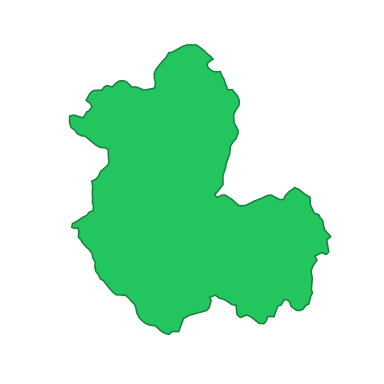 Palmópolis, Minas Gerais, Brazil (Mercator projection), rotated 347°
{"feature_id": "56859067B65800178353877", "entity_name": "Palmópolis", "entity_type": "district", "adm_level": 2, "iso_a3": "BRA", "parent_name": "Brazil", "parent_adm1": "Minas Gerais", "projection": "mercator", "projection_center": [-40.373, -16.779], "detail": "fine", "context": "isolated", "style": "filled", "palette": "green", "viewbox_px": 384, "rotation_deg": 347, "n_neighbors": 0, "source": "geoboundaries", "source_scale": "gbopen_adm2", "svg_char_len": 2812}
<svg xmlns="http://www.w3.org/2000/svg" viewBox="0 0 384 384"><g transform="rotate(347 192 192)"><path d="M246.7,81.0L243.6,80.6L240.6,79.7L237.7,77.5L235.4,73.7L235.8,70.2L238.6,68.7L242.4,67.4L240.7,64.1L238.1,61.1L236.2,57.9L233.6,54.4L229.3,49.7L224.3,48.5L219.7,47.5L215.3,48.1L211.5,49.2L207.9,50.2L204.4,51.3L200.7,51.1L196.8,55.2L193.7,57.2L191.1,59.1L188.3,61.3L184.8,64.1L181.9,67.9L181.0,72.1L181.0,76.9L179.1,82.3L173.3,82.2L168.0,81.9L164.9,79.5L161.2,77.1L157.2,76.2L155.0,73.1L152.7,69.6L149.6,67.9L145.8,67.5L142.3,68.8L138.0,71.6L132.8,69.1L129.7,70.2L127.0,72.4L123.7,71.8L119.8,71.0L116.7,71.7L113.2,74.5L109.4,79.0L112.7,82.7L113.8,86.4L110.1,89.4L107.1,90.4L105.0,92.9L102.4,95.1L98.6,93.1L94.8,90.6L89.9,90.4L88.8,94.2L88.3,98.1L88.7,102.0L91.6,105.3L93.5,109.5L96.9,112.4L100.4,113.5L103.2,117.3L105.9,120.9L108.9,124.7L112.6,128.0L117.1,129.3L119.8,131.9L119.0,136.2L118.3,139.9L117.7,144.7L115.4,147.3L111.8,149.2L107.5,151.4L104.4,155.6L101.1,157.9L96.8,158.8L96.4,164.6L94.8,169.5L93.8,175.4L92.5,180.4L92.8,183.7L91.3,187.9L86.8,188.7L84.5,191.0L80.7,191.8L77.7,192.8L73.8,194.5L68.4,195.8L66.9,199.3L69.4,201.2L72.9,201.2L72.7,205.5L71.1,210.3L72.9,213.7L74.0,217.0L76.2,221.2L78.8,225.0L80.7,229.2L80.6,234.0L81.9,238.3L80.4,243.5L80.5,248.0L82.3,251.7L83.0,255.9L85.6,258.3L87.0,261.2L88.9,265.4L92.0,271.3L94.9,275.1L99.4,276.3L104.2,277.9L106.7,281.5L108.3,284.8L110.9,289.0L111.2,293.9L111.0,297.4L112.1,302.2L114.7,306.6L116.9,309.4L120.2,311.9L126.0,314.1L131.2,321.4L134.3,323.9L137.5,325.6L141.4,323.5L147.6,325.1L153.2,316.6L155.2,313.5L161.9,311.5L179.6,310.8L182.6,308.7L186.3,302.0L185.3,298.7L191.6,297.8L194.9,301.8L198.4,303.5L202.1,306.8L205.4,310.6L209.5,312.4L208.5,318.8L208.5,322.1L210.9,325.2L217.8,324.2L221.0,326.8L223.1,329.1L227.7,335.1L232.4,336.5L234.9,334.8L238.0,330.4L244.0,332.0L246.5,327.7L250.1,322.5L253.6,322.1L257.2,318.0L260.5,318.3L262.2,321.1L262.9,325.8L267.1,330.8L270.4,331.8L273.9,331.2L277.1,328.2L280.6,327.5L283.9,320.8L286.7,317.5L286.4,314.1L287.4,310.7L289.8,303.1L290.2,295.9L292.9,291.6L298.5,286.4L297.2,282.2L304.7,280.3L308.6,283.1L311.8,281.2L312.5,269.2L317.1,266.6L312.6,258.4L312.9,249.1L311.1,245.8L310.4,242.7L306.3,239.9L304.5,231.4L305.8,223.6L301.5,219.5L297.0,213.7L292.8,210.6L290.2,212.3L287.3,213.0L282.4,216.3L279.4,219.9L275.9,219.2L268.6,212.8L265.1,212.3L258.3,213.8L250.2,214.9L243.7,216.6L239.6,217.2L234.4,215.6L229.4,208.3L223.6,202.4L220.3,201.7L215.1,203.0L213.6,199.5L217.3,197.1L223.9,191.8L225.8,183.0L230.3,175.9L231.4,172.4L237.3,163.4L239.8,156.0L243.2,152.5L246.9,149.9L250.3,144.9L250.7,141.6L248.6,134.1L249.9,126.1L253.2,122.0L257.2,118.3L258.7,113.9L258.0,108.8L254.2,101.2L249.9,100.5L249.0,94.4L248.6,89.7L247.2,85.2L246.7,81.0Z" fill="#22c55e" stroke="#15803d" stroke-width="1.5"/></g></svg>